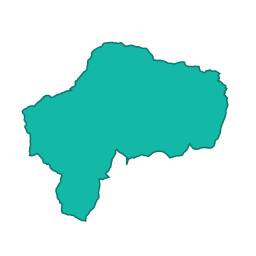 outline of Pisba, Boyacá, Colombia, rotated 353°
{"feature_id": "7082276B47787329077767", "entity_name": "Pisba", "entity_type": "district", "adm_level": 2, "iso_a3": "COL", "parent_name": "Colombia", "parent_adm1": "Boyacá", "projection": "orthographic", "projection_center": [-72.451, 5.73], "detail": "fine", "context": "isolated", "style": "filled", "palette": "teal", "viewbox_px": 256, "rotation_deg": 353, "n_neighbors": 0, "source": "geoboundaries", "source_scale": "gbopen_adm2", "svg_char_len": 5728}
<svg xmlns="http://www.w3.org/2000/svg" viewBox="0 0 256 256"><g transform="rotate(353 128 128)"><path d="M74.6,215.1L75.4,211.1L75.8,210.2L78.8,208.1L79.7,206.3L82.8,204.1L84.8,202.2L88.1,196.1L90.5,193.6L90.8,192.3L90.9,191.1L90.7,188.5L93.0,181.6L93.2,179.9L93.0,175.5L93.3,175.1L94.0,175.3L94.7,175.7L95.6,175.5L96.4,176.0L97.6,175.7L98.8,175.1L99.2,175.2L99.7,174.9L101.2,175.1L101.6,174.8L101.7,174.5L102.1,174.4L103.1,174.6L102.8,174.0L102.1,173.3L101.7,172.4L100.5,171.2L100.3,170.7L100.3,170.4L100.7,169.8L101.4,169.5L103.0,168.4L104.1,167.2L104.9,165.7L106.1,164.5L106.6,162.5L107.2,161.4L107.3,159.8L107.5,159.4L108.1,158.8L108.3,157.4L108.6,156.6L109.6,155.7L110.0,155.4L110.6,154.3L111.6,153.3L112.0,152.2L112.7,151.6L112.9,149.4L113.1,148.9L113.8,148.3L114.0,147.9L115.2,149.3L115.3,150.0L116.0,150.4L116.7,151.1L119.8,153.3L122.7,156.3L123.5,157.3L123.5,157.5L122.9,158.2L122.9,158.7L122.8,159.2L123.1,159.7L122.5,161.5L122.7,162.6L122.2,163.2L122.2,163.7L122.8,163.3L122.9,162.9L123.2,162.7L123.2,161.3L123.6,161.0L123.7,160.4L124.5,159.6L124.4,158.6L124.6,158.4L126.0,158.7L128.1,157.9L128.5,157.8L129.7,157.9L130.4,158.5L130.9,158.1L132.1,157.9L133.4,157.3L134.5,157.3L135.5,157.1L137.2,156.3L138.2,156.3L139.1,156.2L140.2,156.9L140.6,157.3L141.2,157.3L141.7,157.5L142.7,157.6L143.5,157.9L144.2,158.6L144.5,158.6L145.7,158.2L146.7,157.6L148.1,156.8L149.4,155.6L152.2,154.9L154.9,154.7L158.4,155.3L160.5,156.2L162.3,157.8L163.2,158.8L165.7,162.2L165.9,162.7L166.9,162.4L169.2,162.2L170.7,161.7L172.9,161.6L175.3,161.8L178.1,161.7L179.0,161.2L179.9,159.6L180.5,159.1L181.8,158.4L183.6,157.0L185.5,154.2L186.5,152.2L187.3,151.3L188.2,153.2L189.8,155.6L190.6,156.5L192.1,157.2L195.6,157.4L196.7,157.0L198.5,156.6L200.5,156.6L202.9,156.9L204.5,157.5L207.2,158.0L208.7,157.7L210.8,156.6L211.6,155.4L212.1,154.3L212.6,152.9L212.7,151.5L213.4,150.8L215.1,150.0L216.2,149.0L218.0,145.6L219.1,143.8L220.1,139.2L221.6,136.2L225.0,130.2L225.5,129.0L225.8,128.6L227.1,125.0L227.1,122.8L227.4,122.0L229.0,119.4L229.9,117.0L229.4,112.3L230.1,110.8L230.2,110.2L229.8,109.9L228.6,108.2L228.5,107.6L227.8,107.5L227.5,106.4L228.0,105.7L228.5,105.3L228.6,105.0L228.7,104.5L228.5,104.1L228.3,104.0L228.3,103.7L228.6,103.2L229.6,102.4L230.2,102.1L230.4,101.3L230.8,100.9L230.3,100.4L229.8,100.1L229.9,99.1L230.2,98.7L230.2,98.2L229.6,97.5L228.8,97.4L228.5,96.8L227.9,96.6L226.9,94.7L226.2,94.0L225.7,93.8L224.6,92.5L224.1,92.7L223.7,92.5L223.3,92.5L223.1,92.4L222.8,91.8L223.0,91.4L223.7,91.3L223.7,90.5L223.8,90.2L224.4,90.2L224.7,89.8L224.7,88.6L224.1,87.9L224.2,87.4L224.0,86.6L224.7,86.3L225.2,85.6L225.7,85.2L224.3,83.9L223.1,83.2L222.7,82.7L222.0,82.4L221.8,82.1L218.6,81.9L217.8,81.6L216.4,80.4L215.6,80.4L215.3,80.9L213.6,80.7L212.4,80.9L211.0,82.3L210.2,82.3L208.6,81.3L207.6,80.9L207.2,80.5L206.0,78.6L206.0,76.1L206.0,75.8L205.5,75.4L205.0,75.3L203.8,75.5L201.9,74.7L200.8,74.9L199.4,75.0L197.7,74.5L196.3,74.5L193.7,73.6L192.6,72.4L192.1,69.9L191.9,69.5L191.5,69.3L189.5,69.0L187.5,69.1L184.6,69.5L182.2,70.1L180.5,69.9L178.6,69.0L175.7,68.7L174.4,67.6L172.3,66.2L169.4,65.4L168.3,64.7L164.6,64.5L163.4,64.0L162.3,63.9L161.7,62.9L161.4,61.7L161.3,59.7L160.7,58.4L158.1,55.4L157.3,53.1L155.6,51.1L152.7,50.9L151.5,50.4L148.5,48.7L147.1,48.6L145.7,48.3L142.5,46.6L141.3,46.3L139.2,46.3L137.8,46.7L136.9,46.6L136.4,46.4L136.1,46.5L135.8,46.7L135.6,46.7L134.9,46.2L133.5,44.4L132.3,43.4L131.9,42.8L131.6,42.6L130.3,42.6L129.2,42.9L127.9,42.9L126.5,42.0L125.1,42.0L123.5,41.3L120.3,41.0L116.5,40.9L115.6,41.0L114.6,40.9L113.8,41.4L113.2,42.1L112.3,43.7L111.6,44.0L109.2,44.4L107.9,44.8L104.8,46.2L103.6,46.8L101.2,48.8L100.9,49.8L100.9,51.1L100.0,53.1L99.0,54.3L97.8,55.2L96.8,55.8L96.3,56.4L95.9,59.4L95.0,61.5L94.7,64.0L94.0,65.3L92.7,66.3L90.8,67.1L90.3,67.9L89.8,68.1L88.6,69.5L87.5,70.2L87.2,70.9L86.3,71.4L85.7,72.4L84.4,73.0L83.7,74.2L82.7,74.9L81.8,75.0L81.1,76.1L81.2,76.7L81.1,77.0L81.5,77.7L81.2,78.1L81.2,78.8L80.9,79.2L79.7,80.2L79.4,80.6L78.8,80.7L77.7,80.5L77.4,80.6L77.1,81.1L75.1,82.3L75.3,82.9L76.3,83.5L75.0,83.8L71.4,83.8L68.9,84.8L66.8,85.0L66.4,85.7L65.7,85.6L64.8,86.1L63.7,86.0L62.2,86.3L61.6,86.7L61.0,86.6L60.6,87.0L59.8,87.0L59.1,87.6L57.8,88.2L55.9,88.4L55.3,88.3L54.7,87.1L53.5,86.1L52.6,86.2L52.1,85.9L51.7,86.1L51.1,85.8L50.9,85.9L49.7,86.0L49.0,86.6L48.0,86.8L47.8,87.0L47.7,87.9L46.4,88.1L45.6,88.9L45.0,89.7L44.2,90.3L41.5,91.6L39.9,93.0L39.1,93.6L38.0,94.9L37.6,94.9L35.5,94.3L33.1,94.5L31.3,95.0L29.5,96.3L27.3,96.8L25.2,98.3L25.3,100.1L25.5,100.7L26.5,101.8L26.8,103.3L26.6,105.4L26.0,107.1L26.0,107.7L26.5,108.7L27.6,110.4L27.6,112.1L27.2,112.7L26.0,113.6L25.8,114.3L25.9,114.9L26.9,117.6L27.1,119.4L28.1,120.9L28.5,121.2L29.8,121.5L30.1,123.0L30.1,124.2L29.8,125.9L30.0,126.9L29.9,127.3L29.4,128.3L29.3,129.0L29.4,131.2L29.2,132.5L28.8,134.7L28.0,135.8L28.1,137.2L27.5,138.3L27.3,139.0L27.4,139.5L27.9,141.2L27.9,141.7L26.9,143.3L29.2,143.8L31.7,143.4L34.4,142.3L34.7,142.4L34.7,142.7L35.7,142.9L36.2,143.3L36.9,145.0L37.7,145.9L38.3,147.1L39.3,147.9L39.5,149.2L39.6,150.7L40.1,152.2L40.4,152.5L42.5,153.3L42.7,153.9L44.1,154.2L44.7,154.1L45.0,154.2L45.6,154.8L45.8,155.3L46.1,158.1L47.5,160.0L49.3,161.5L52.0,162.8L52.7,164.3L55.1,165.3L55.6,165.4L56.7,166.0L56.8,166.2L56.5,167.2L55.5,169.3L54.8,170.3L54.8,172.6L54.4,173.4L53.8,174.3L52.3,175.5L51.5,177.2L50.9,178.1L49.6,179.2L48.8,181.4L49.3,185.5L49.8,186.1L49.4,187.4L49.5,189.0L49.9,189.8L51.0,191.1L51.2,193.8L51.4,194.1L52.9,194.6L53.1,195.4L52.9,197.9L52.0,201.2L52.3,203.8L52.7,204.3L53.5,204.5L57.5,206.7L58.9,207.0L60.9,207.2L61.6,207.8L63.3,208.1L63.9,208.5L64.6,209.7L65.1,210.1L66.6,211.0L68.4,212.5L69.7,213.1L71.2,214.2L72.6,214.6L73.6,214.6L74.6,215.1Z" fill="#14b8a6" stroke="#0f766e" stroke-width="1.5"/></g></svg>